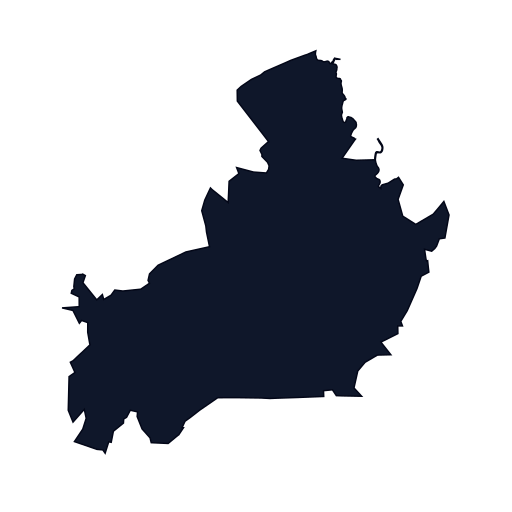 outline of San Pedro de la Cueva, Sonora, Mexico, rotated 275°
{"feature_id": "50627088B42158241745677", "entity_name": "San Pedro de la Cueva", "entity_type": "district", "adm_level": 2, "iso_a3": "MEX", "parent_name": "Mexico", "parent_adm1": "Sonora", "projection": "albers", "projection_center": [-109.481, 29.278], "detail": "fine", "context": "isolated", "style": "filled", "palette": "ink", "viewbox_px": 512, "rotation_deg": 275, "n_neighbors": 0, "source": "geoboundaries", "source_scale": "gbopen_adm2", "svg_char_len": 5555}
<svg xmlns="http://www.w3.org/2000/svg" viewBox="0 0 512 512"><g transform="rotate(275 256 256)"><path d="M55.3,91.3L49.5,114.5L49.5,120.3L46.4,122.9L58.1,125.5L57.8,128.0L69.0,129.2L78.0,138.5L82.1,138.4L84.0,141.1L91.4,144.2L90.4,151.6L85.7,151.6L73.8,157.6L65.6,166.3L60.9,167.9L61.6,184.8L70.6,193.9L71.1,194.6L78.6,198.7L78.6,197.3L85.2,199.7L89.4,204.6L97.5,213.3L111.5,230.2L113.2,248.8L115.0,273.4L115.3,282.4L116.2,289.2L118.6,309.1L119.8,318.4L122.0,335.7L127.7,335.0L128.5,339.2L129.4,343.8L123.9,348.2L124.2,354.1L125.5,373.4L133.1,365.1L150.3,367.4L159.6,373.9L167.9,385.6L169.4,398.9L181.1,387.9L191.1,404.1L198.7,403.3L199.1,408.0L203.5,405.9L208.8,408.5L214.7,411.4L217.3,412.3L237.0,419.0L237.3,419.1L238.4,419.4L250.3,422.3L255.0,429.6L260.4,428.5L266.3,427.4L265.9,426.4L267.3,425.7L277.4,423.3L276.1,430.6L279.0,433.4L281.6,435.0L289.1,437.1L290.4,442.6L313.7,444.7L326.7,438.4L320.6,434.2L313.1,428.9L301.4,412.4L308.5,398.7L324.8,392.6L339.7,396.5L346.8,391.1L345.1,389.3L344.7,387.3L340.1,381.3L337.9,375.5L336.5,374.4L334.1,374.5L335.8,371.9L336.8,372.0L337.3,372.1L337.8,372.4L338.7,372.8L339.5,373.1L340.5,373.2L341.5,373.0L342.2,372.7L342.5,372.5L342.7,372.2L343.0,371.8L343.1,371.3L343.4,370.5L343.6,369.9L343.7,369.4L344.0,369.1L344.5,368.6L344.8,368.2L345.2,367.8L345.6,367.5L346.1,367.4L346.6,367.5L347.0,367.9L347.7,368.6L348.4,369.2L348.9,369.7L350.4,370.6L351.5,371.0L352.5,371.0L352.9,371.0L353.4,370.8L354.1,370.5L354.6,370.2L355.3,369.5L356.3,368.7L357.5,368.1L359.6,367.2L362.1,366.5L364.1,366.5L366.4,366.6L367.6,366.7L368.0,366.7L368.5,366.8L369.0,366.9L369.3,367.3L369.6,368.3L369.7,370.3L369.7,370.9L370.0,371.4L370.3,371.7L370.8,372.1L371.5,372.5L372.6,372.8L374.7,372.9L376.2,372.6L377.5,372.0L378.5,371.3L380.7,369.6L382.3,368.3L383.5,367.4L383.0,366.9L381.8,367.8L380.0,368.9L378.6,370.1L377.3,371.2L376.0,371.9L374.6,372.3L372.8,372.1L371.4,371.7L370.8,371.3L370.4,370.8L370.2,370.4L370.2,369.8L370.2,369.4L370.3,368.9L370.4,368.3L370.4,367.9L370.4,367.4L370.3,367.0L369.9,366.6L369.5,366.3L368.7,366.1L366.9,365.9L364.4,365.8L362.2,365.9L360.1,347.6L360.2,345.4L360.9,333.2L379.9,344.1L381.1,344.9L381.3,344.1L381.7,343.9L382.0,343.4L382.2,343.1L382.3,342.6L382.6,341.7L383.0,340.8L383.2,340.2L383.6,339.9L383.9,339.8L384.5,339.9L386.3,340.3L387.4,340.7L388.6,341.2L389.7,341.7L390.2,342.0L390.5,342.3L391.1,342.7L391.5,343.2L392.0,343.6L392.5,344.1L393.0,344.3L394.2,344.6L395.6,344.6L396.9,344.2L397.9,344.0L399.0,342.9L399.9,341.9L400.4,341.4L400.9,340.9L401.3,340.4L401.7,339.6L402.3,338.5L402.4,337.5L402.5,336.9L402.8,336.0L402.6,335.3L401.8,334.6L400.7,334.6L399.9,334.4L398.9,334.0L397.4,333.7L396.9,333.2L396.8,332.6L396.8,332.0L396.9,331.6L397.3,331.2L398.3,330.7L399.2,330.3L399.9,330.1L400.5,329.8L401.2,329.5L402.6,329.1L403.9,328.8L405.4,329.1L406.5,329.5L407.5,329.3L409.1,328.8L410.9,328.4L413.4,328.5L413.8,328.6L414.8,328.8L415.3,328.9L416.2,329.0L417.7,329.3L418.2,329.5L418.7,330.1L419.0,330.7L419.4,331.2L419.8,331.8L420.2,331.9L420.6,331.8L420.9,331.2L421.1,331.0L422.0,330.8L422.6,330.5L423.3,330.0L424.0,329.4L424.7,328.6L425.3,328.1L425.9,327.6L426.7,327.5L428.5,327.5L429.9,327.3L431.0,327.0L432.8,326.3L434.3,325.8L435.5,325.6L436.0,325.6L436.8,325.7L437.3,325.8L437.8,325.8L438.1,325.7L438.3,325.6L438.5,325.4L439.0,324.8L439.4,324.6L439.7,324.6L439.9,324.4L440.1,323.7L440.0,322.5L440.2,321.5L440.5,320.7L441.0,320.3L441.5,320.1L442.2,320.1L442.8,320.1L443.5,320.2L444.4,320.2L445.1,320.0L445.6,319.6L446.1,319.6L446.7,319.7L447.6,320.0L448.5,320.2L450.3,320.2L451.2,320.3L451.7,320.1L452.2,319.9L452.6,319.7L453.0,319.4L453.3,319.2L453.5,319.0L453.6,318.7L453.8,318.3L453.9,317.4L454.4,314.2L455.2,315.8L455.7,316.3L455.8,316.3L456.3,316.4L456.7,316.3L457.2,316.8L457.4,316.9L457.7,317.0L458.1,316.9L458.6,316.9L459.2,317.2L459.4,317.3L459.3,318.1L458.9,318.6L459.0,319.1L459.0,319.7L459.2,320.3L459.1,320.6L459.3,323.0L459.4,321.5L459.6,320.2L459.7,319.1L459.7,318.0L460.0,317.3L460.0,317.1L459.6,316.9L459.1,316.6L458.2,316.1L457.1,316.0L456.1,315.1L455.8,314.8L455.6,314.7L455.0,314.2L454.8,314.1L454.4,314.0L454.4,313.6L454.1,312.9L454.5,312.6L455.0,312.2L455.5,311.9L455.9,311.7L456.1,311.4L456.2,311.1L456.3,310.8L456.3,310.5L456.4,310.1L456.2,309.5L455.8,308.5L455.4,307.2L455.4,306.5L455.4,306.1L455.7,305.5L455.9,305.1L456.2,304.6L456.3,304.1L456.4,303.6L456.4,303.2L456.4,302.6L456.3,302.1L456.4,301.7L456.4,301.4L456.4,301.0L456.5,300.3L457.4,299.4L458.7,298.8L459.6,298.6L460.5,298.2L461.8,297.6L463.8,297.5L465.6,297.7L460.9,288.7L460.4,287.4L454.0,273.7L450.5,267.4L442.7,253.0L440.2,248.5L436.7,244.9L431.5,236.0L423.7,226.5L419.6,222.8L408.7,223.9L378.0,252.2L371.0,258.6L370.9,258.3L364.2,252.0L363.7,251.6L361.5,250.8L359.5,252.0L357.7,253.1L355.7,253.2L350.4,259.3L347.0,261.2L343.4,261.0L339.6,259.1L339.5,251.7L339.4,246.3L342.4,229.0L336.6,231.8L328.1,222.7L314.5,223.3L306.8,223.6L318.3,206.5L319.8,204.7L307.2,200.1L296.4,198.0L281.6,203.4L275.6,204.6L261.2,208.9L253.9,185.8L240.9,163.7L238.3,159.3L228.9,151.5L222.3,150.6L219.6,152.3L212.9,144.1L209.5,126.4L209.8,118.3L204.3,115.0L199.4,108.1L204.2,106.3L198.4,101.2L214.3,85.9L221.6,87.7L222.9,84.9L222.5,84.4L221.7,79.1L217.3,77.3L209.7,77.2L207.4,77.8L205.7,75.6L202.8,75.2L199.8,83.4L190.1,84.3L187.4,67.3L185.8,78.4L173.6,85.9L176.6,87.9L175.0,94.2L165.4,95.0L154.5,97.9L153.1,98.4L144.3,90.6L143.9,90.2L139.0,85.8L138.7,85.6L135.7,82.9L134.0,80.3L124.2,85.8L119.6,80.3L86.0,82.4L74.6,88.2L88.3,98.3L79.5,101.0L68.4,98.5L55.3,91.3Z" fill="#0f172a" stroke="#020617" stroke-width="1.5"/></g></svg>